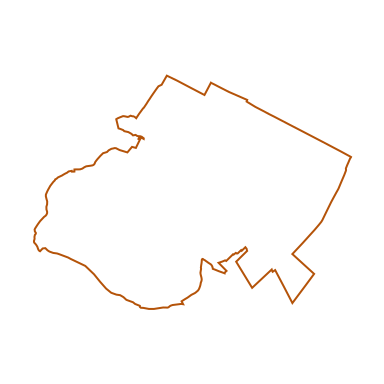 the district of Cristian, Brasov, Romania, rotated 86°
{"feature_id": "2599482B53089144578976", "entity_name": "Cristian", "entity_type": "district", "adm_level": 2, "iso_a3": "ROU", "parent_name": "Romania", "parent_adm1": "Brasov", "projection": "mercator", "projection_center": [25.497, 45.627], "detail": "fine", "context": "isolated", "style": "outline", "palette": "amber", "viewbox_px": 384, "rotation_deg": 86, "n_neighbors": 0, "source": "geoboundaries", "source_scale": "gbopen_adm2", "svg_char_len": 4163}
<svg xmlns="http://www.w3.org/2000/svg" viewBox="0 0 384 384"><g transform="rotate(86 192 192)"><path d="M309.8,99.6L293.1,85.2L285.6,78.8L282.2,75.9L270.8,86.8L260.9,96.2L250.6,85.1L242.7,76.9L238.5,72.5L233.6,67.7L230.8,65.1L229.1,63.9L219.2,58.2L211.8,53.9L208.3,51.7L203.6,48.7L202.8,48.2L201.0,47.0L199.3,45.9L198.8,45.6L193.4,42.9L185.6,38.9L181.5,37.0L180.8,36.8L180.2,36.8L179.7,36.9L179.1,36.8L177.9,36.2L176.2,35.4L173.2,33.8L171.4,32.9L169.5,31.9L168.6,31.1L168.2,30.9L167.9,31.3L166.7,33.2L161.8,40.9L151.4,57.7L140.0,76.3L131.7,89.9L122.5,104.9L119.6,109.8L116.2,115.2L111.5,122.9L105.6,131.2L104.0,130.5L94.7,148.3L88.5,158.6L86.4,162.0L84.4,165.4L84.3,165.5L87.4,167.4L96.1,172.8L87.8,186.3L79.8,199.2L74.2,209.0L82.9,214.8L84.2,218.1L86.4,220.0L91.6,224.2L94.0,226.1L96.4,227.9L98.0,229.2L100.9,231.3L104.6,234.2L105.2,235.0L110.4,239.4L113.8,242.0L114.5,242.5L113.7,243.3L112.6,244.5L112.2,244.2L112.4,244.5L112.5,245.1L112.4,245.5L112.3,246.2L111.6,248.0L112.5,250.0L112.6,251.1L111.8,253.8L111.5,255.5L112.4,258.4L113.3,261.0L114.1,262.5L118.7,261.7L123.4,260.9L124.1,259.1L125.4,256.4L126.6,255.3L127.8,251.3L129.8,248.3L131.4,246.9L131.2,245.1L131.1,244.3L132.4,242.6L132.8,239.7L133.4,238.3L135.1,236.4L135.7,236.5L134.9,237.7L134.7,238.5L133.7,240.7L135.3,241.7L136.1,240.3L144.1,244.9L142.8,248.7L148.0,253.7L145.1,261.3L143.0,264.8L142.8,266.1L143.1,267.8L143.3,269.4L144.6,272.2L146.1,273.9L146.3,274.5L147.1,278.0L149.5,280.8L152.6,284.0L154.0,285.3L155.6,286.6L156.9,287.1L158.1,288.3L158.5,289.4L158.7,291.3L159.0,295.7L159.8,297.7L161.0,299.7L161.6,302.1L161.3,307.7L163.4,307.9L163.4,309.1L163.3,310.4L162.5,310.5L162.9,313.7L164.0,315.2L164.8,317.2L166.0,319.7L166.3,320.1L168.1,324.7L169.3,326.2L169.9,327.6L170.8,328.0L172.3,329.7L175.9,332.9L179.7,335.4L181.4,336.4L184.3,337.9L186.0,338.1L189.0,337.6L191.3,337.1L194.2,337.4L196.6,338.3L199.3,338.4L201.6,337.9L202.9,338.0L204.4,338.7L205.5,339.7L206.5,341.3L210.5,345.6L213.5,348.1L217.1,350.8L218.4,351.6L220.3,351.5L222.0,350.6L222.8,350.8L223.8,351.7L225.8,352.3L227.8,352.3L229.9,353.1L231.4,353.0L232.5,352.1L233.7,351.2L235.8,350.1L238.1,349.5L239.5,348.9L240.3,348.1L240.4,347.9L240.5,347.7L239.2,346.3L237.9,344.9L237.8,342.2L240.0,340.3L240.8,339.3L241.5,338.3L243.1,334.7L243.9,330.9L244.3,329.9L245.1,328.1L248.7,320.2L250.3,317.7L258.3,303.6L267.2,295.5L275.2,289.9L282.4,284.4L286.9,279.6L289.1,274.6L289.9,270.9L292.1,267.7L295.0,265.0L297.9,258.5L299.7,256.6L301.9,252.0L303.0,252.0L303.9,251.1L304.2,248.7L305.0,245.6L305.6,243.3L306.0,238.2L305.2,228.8L305.3,227.8L305.4,226.7L305.6,224.5L305.5,223.9L305.2,223.2L304.4,222.2L303.9,221.2L303.4,219.3L302.9,210.5L303.0,210.0L303.3,208.7L300.3,210.0L298.3,206.3L297.1,203.9L296.8,203.4L294.5,199.7L294.1,198.7L293.5,197.3L293.2,196.5L293.1,196.3L292.5,195.3L291.7,194.2L291.3,193.7L291.0,193.2L290.0,192.3L289.4,191.9L288.9,191.6L287.8,191.1L287.4,190.9L286.7,190.6L286.2,190.4L285.9,190.3L285.0,190.0L284.1,189.8L283.8,189.7L283.1,189.5L282.9,189.5L282.6,189.3L281.3,188.7L281.2,188.7L280.3,188.5L279.7,188.4L278.7,188.5L277.7,188.6L276.7,188.8L276.1,188.9L275.6,189.0L274.9,189.1L273.9,189.2L273.3,189.2L273.0,189.2L272.9,189.1L272.1,189.0L271.5,188.8L270.9,188.7L270.1,188.5L269.9,188.4L269.5,188.4L269.3,188.3L269.0,188.3L268.1,188.4L267.9,188.4L267.2,188.2L266.0,188.0L265.6,187.9L263.9,187.5L262.9,187.3L262.3,187.2L260.2,186.9L259.5,186.3L259.6,185.8L259.8,185.6L260.1,185.3L260.2,185.2L260.9,184.0L261.7,183.1L262.9,181.6L263.6,180.8L265.1,178.8L265.3,178.5L265.7,178.1L265.9,177.9L266.1,177.8L266.5,177.5L267.0,177.3L267.5,177.0L267.9,176.9L268.7,176.8L269.0,176.7L269.3,176.6L269.8,176.6L270.1,176.6L270.8,175.0L272.9,170.7L275.1,165.7L275.4,165.1L274.9,165.0L274.5,164.7L273.5,163.6L273.3,163.4L273.1,163.1L264.5,170.4L263.5,166.6L262.5,163.7L263.2,162.7L257.0,155.4L257.4,154.9L255.8,152.5L256.5,151.5L256.4,150.7L253.4,147.0L254.1,146.5L250.8,142.6L252.4,141.5L253.9,141.3L254.6,141.1L261.4,149.1L263.1,151.0L263.8,151.9L263.9,152.0L264.6,152.8L291.8,138.7L274.9,117.9L276.2,117.6L277.2,117.1L275.7,114.5L292.7,107.0L307.7,100.5L309.8,99.6Z" fill="none" stroke="#b45309" stroke-width="2"/></g></svg>